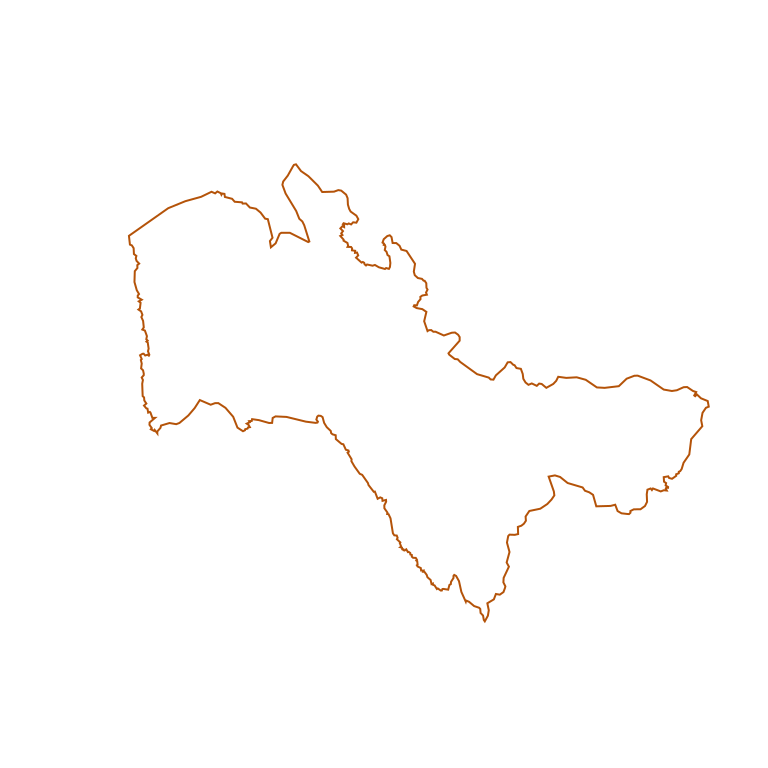 Kenema, Eastern, Sierra Leone (Natural Earth projection), rotated 124°
{"feature_id": "65957751B6503620183485", "entity_name": "Kenema", "entity_type": "district", "adm_level": 2, "iso_a3": "SLE", "parent_name": "Sierra Leone", "parent_adm1": "Eastern", "projection": "natural_earth1", "projection_center": [-11.159, 7.947], "detail": "fine", "context": "isolated", "style": "outline", "palette": "amber", "viewbox_px": 768, "rotation_deg": 124, "n_neighbors": 0, "source": "geoboundaries", "source_scale": "gbopen_adm2", "svg_char_len": 6142}
<svg xmlns="http://www.w3.org/2000/svg" viewBox="0 0 768 768"><g transform="rotate(124 384 384)"><path d="M403.8,678.3L410.5,672.6L410.1,670.5L411.4,667.5L416.1,664.0L416.3,660.9L418.6,660.1L420.3,658.0L421.1,654.3L423.4,655.0L425.7,653.3L429.8,653.7L439.0,647.9L444.5,641.4L446.4,637.4L448.4,637.6L449.9,636.6L449.6,632.0L452.6,633.5L452.8,631.2L457.9,628.6L459.6,629.2L459.6,626.0L461.8,622.9L464.2,622.6L466.4,619.0L471.4,614.8L474.0,614.8L473.4,612.1L476.9,607.3L479.8,606.1L480.2,604.2L481.7,604.6L481.7,603.1L486.3,598.9L488.8,598.0L491.0,594.9L492.0,594.8L492.0,596.4L493.9,597.9L493.3,600.2L494.0,601.1L496.6,602.3L498.8,598.8L500.1,599.0L502.5,596.3L506.9,594.1L507.4,591.4L509.8,588.9L511.1,588.1L514.1,588.5L515.5,586.1L519.0,584.6L529.0,577.3L529.3,575.4L531.7,573.5L533.1,570.1L536.1,570.9L537.1,567.4L536.7,566.3L539.6,563.5L538.1,562.5L538.3,561.6L541.6,557.1L540.1,554.9L547.0,556.8L549.0,555.6L550.4,551.9L551.9,552.0L551.5,548.4L550.3,548.5L551.7,544.3L550.2,545.4L545.4,544.8L543.1,545.6L536.3,540.0L533.5,533.8L530.7,531.8L519.5,528.6L509.9,527.5L500.3,527.7L498.1,516.1L494.4,513.4L492.5,510.7L492.4,502.1L495.5,490.7L502.1,481.1L502.0,474.5L500.1,473.4L499.1,473.8L497.3,472.2L496.0,472.4L494.8,471.1L493.6,473.5L493.6,475.6L490.7,473.9L490.2,475.0L488.6,473.0L486.9,473.7L483.9,467.5L480.6,457.5L478.8,455.0L474.4,457.3L471.5,455.8L465.8,446.4L458.9,427.7L454.5,419.0L453.2,417.6L452.2,417.7L451.3,420.2L448.4,421.1L446.9,420.7L445.8,418.6L445.8,416.4L449.7,411.9L451.8,407.3L452.7,401.9L454.3,400.3L454.5,398.5L453.5,395.4L456.6,393.1L457.4,385.7L456.7,384.0L459.8,378.9L459.0,376.3L459.8,375.3L461.3,375.8L464.5,368.8L466.2,367.9L468.9,362.3L472.0,353.9L471.5,351.3L475.1,341.9L476.4,340.4L479.1,332.2L478.3,331.4L482.7,325.1L480.1,323.7L479.7,321.6L481.7,319.9L479.0,317.5L480.4,316.4L484.4,315.9L486.8,314.2L488.7,309.2L490.0,308.7L489.4,307.4L491.7,303.5L502.8,293.1L503.7,290.8L502.5,288.7L503.9,286.7L505.5,286.5L506.2,281.9L507.1,281.9L509.2,278.8L510.2,279.2L509.7,277.5L510.8,276.5L510.2,275.5L510.9,274.9L510.5,273.8L508.6,273.1L510.0,270.2L509.4,269.7L509.4,267.8L510.6,266.8L510.2,265.3L511.6,264.4L511.8,262.7L510.4,260.4L511.3,258.4L512.3,258.5L512.3,257.4L515.0,255.1L515.9,255.4L516.5,254.1L516.0,250.6L517.9,248.9L516.5,246.9L517.8,246.6L517.1,245.5L518.3,242.0L519.9,239.9L520.4,235.8L523.3,232.7L522.1,231.9L523.1,231.2L522.7,229.4L524.4,225.5L523.4,225.1L523.5,221.5L522.9,220.6L521.3,220.9L520.7,220.2L518.6,215.8L514.0,217.4L512.6,216.7L510.5,217.8L506.0,217.9L504.2,219.1L503.0,219.0L502.8,216.9L505.5,211.6L513.1,203.6L518.8,194.4L517.6,194.8L517.0,191.7L517.7,185.1L516.3,180.0L516.7,178.4L519.8,175.9L520.6,172.4L523.8,169.3L524.4,167.7L518.0,168.3L513.0,170.6L508.0,175.7L501.1,172.5L495.5,173.8L493.9,170.2L489.7,168.6L485.6,169.6L483.9,170.2L481.7,174.1L477.8,176.4L465.6,178.3L463.4,182.5L453.1,186.0L446.7,193.4L440.6,196.0L438.7,195.7L435.9,191.2L433.4,188.9L427.6,193.1L424.7,190.9L421.6,189.9L418.0,189.9L414.7,192.5L408.0,192.5L400.0,184.7L392.2,181.5L386.1,180.5L381.1,180.5L378.1,183.1L368.7,195.7L364.2,191.2L362.6,186.0L363.4,176.4L358.7,161.5L360.1,157.7L359.0,153.2L359.0,148.7L366.7,139.6L358.4,128.0L354.8,124.8L358.7,119.3L358.4,114.8L355.6,109.4L354.8,108.1L352.9,107.7L351.5,108.7L348.2,106.8L344.4,101.3L339.2,99.4L334.6,100.0L328.5,104.5L324.3,106.5L321.5,104.5L322.1,102.6L320.2,102.6L318.3,94.5L315.6,92.6L314.2,90.0L313.2,91.9L312.2,92.0L311.2,90.5L310.5,90.9L310.6,93.8L308.4,94.7L308.4,97.2L304.8,100.0L301.6,96.7L302.5,95.1L301.5,92.2L296.7,90.4L295.5,91.3L293.2,89.7L291.9,90.5L290.6,89.7L288.0,89.7L281.8,91.6L271.7,91.5L257.9,98.5L241.0,96.5L236.7,100.8L229.8,103.8L223.7,103.8L221.2,102.1L217.1,106.1L218.6,113.2L217.7,118.7L220.1,119.2L220.0,120.4L216.1,120.7L217.0,123.9L217.0,131.0L219.1,133.8L225.4,137.7L228.8,141.4L232.2,149.0L232.0,165.0L235.2,178.3L237.1,181.0L243.9,185.8L254.5,188.1L263.8,198.9L267.8,205.6L267.7,219.1L270.7,228.0L277.0,236.3L280.6,243.6L285.1,243.0L289.3,243.7L296.4,247.3L295.8,253.3L296.9,255.6L300.1,256.3L300.9,261.8L303.9,263.8L303.6,267.5L301.8,271.4L298.1,274.6L294.9,279.0L296.7,283.1L295.4,286.3L295.8,287.5L295.1,291.4L296.9,293.6L302.8,293.2L314.3,296.1L319.2,295.7L320.6,298.2L320.1,300.7L323.8,312.4L323.1,333.1L322.3,336.7L323.7,339.3L323.2,346.4L322.5,347.7L305.8,345.5L302.8,347.5L301.7,350.1L301.6,353.9L303.6,356.5L310.3,361.5L311.8,370.4L313.1,372.3L312.9,375.0L314.3,376.9L315.8,377.5L309.5,385.8L300.5,389.2L300.5,394.1L302.8,399.4L303.1,402.8L301.8,403.0L300.4,400.7L296.9,401.6L293.2,401.2L291.4,402.6L289.2,401.7L286.0,398.4L284.7,400.3L281.4,400.7L280.5,402.6L276.8,405.3L275.7,408.0L276.2,409.0L275.6,411.3L277.2,415.2L276.6,419.3L274.2,422.1L267.0,425.5L261.1,439.7L262.9,444.8L260.7,448.4L260.3,452.6L262.3,455.7L258.0,459.9L257.5,462.4L259.5,464.0L264.1,465.2L267.6,464.3L267.6,462.6L268.8,462.0L268.2,461.1L269.3,459.6L272.5,458.3L273.0,455.8L275.1,453.2L275.1,450.9L280.1,446.4L283.7,444.5L285.8,444.3L286.7,447.1L288.1,447.5L290.1,453.5L290.4,458.1L292.3,459.6L294.4,464.9L295.8,465.2L295.6,467.0L294.6,468.2L294.7,469.8L295.9,470.5L294.9,477.8L291.8,477.3L290.1,479.9L291.5,481.4L289.7,482.4L291.1,485.3L289.4,486.3L288.8,487.9L290.7,490.9L289.4,491.1L287.5,493.2L287.8,497.7L286.9,498.2L285.7,503.0L283.7,501.8L283.0,503.7L280.2,503.5L279.4,507.2L276.4,506.7L276.2,504.8L274.2,506.2L274.4,507.4L273.3,507.4L272.1,503.7L270.6,503.0L270.1,500.5L267.2,500.0L265.7,497.1L261.7,497.5L259.9,501.0L259.7,508.1L258.3,510.8L255.5,514.2L250.3,518.1L248.2,521.3L247.6,527.6L248.8,530.3L252.5,533.0L259.4,542.6L256.5,549.8L254.0,562.9L253.9,571.8L251.1,579.8L252.7,581.2L254.3,581.2L265.1,580.3L272.5,580.8L275.7,579.6L281.1,572.1L289.7,553.5L294.4,546.6L294.9,542.6L297.0,538.9L307.6,525.6L308.7,526.2L311.3,546.6L316.1,553.7L317.9,554.5L328.0,552.5L333.9,554.2L329.3,558.5L325.1,558.2L312.3,572.5L313.4,575.0L310.9,582.2L310.3,588.2L312.7,593.9L311.5,599.4L313.5,602.1L312.8,603.3L316.4,609.7L315.4,613.5L317.9,620.5L315.6,622.6L316.6,624.7L318.0,624.6L317.1,626.0L317.6,629.8L320.4,630.6L321.1,634.5L331.1,640.3L343.5,650.9L358.9,661.2L403.8,678.3Z" fill="none" stroke="#b45309" stroke-width="2"/></g></svg>